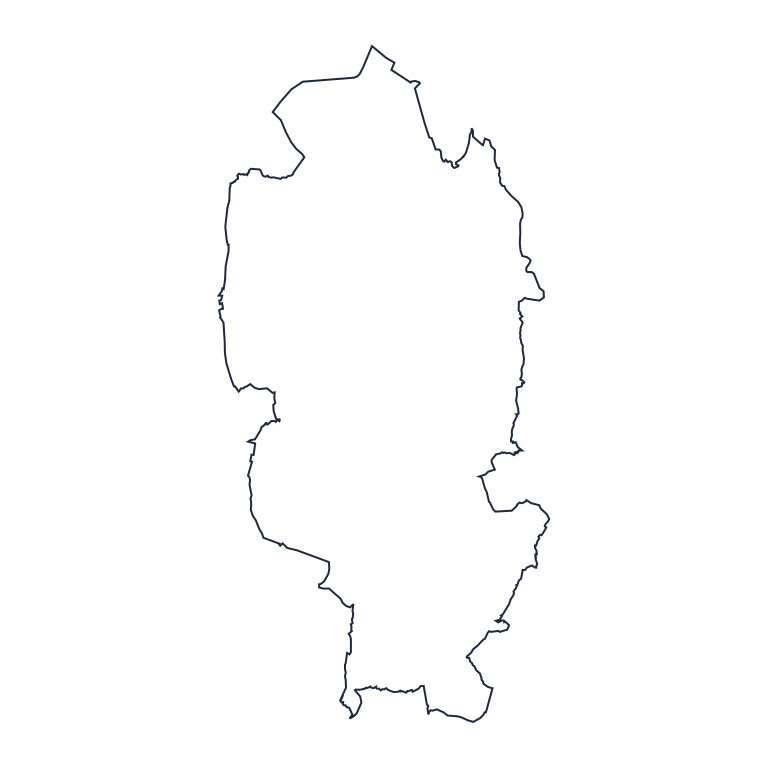 the district of Ocoyucan, Puebla, Mexico
{"feature_id": "50627088B82486318160402", "entity_name": "Ocoyucan", "entity_type": "district", "adm_level": 2, "iso_a3": "MEX", "parent_name": "Mexico", "parent_adm1": "Puebla", "projection": "equal_earth", "projection_center": [-98.314, 18.93], "detail": "fine", "context": "isolated", "style": "outline", "palette": "slate", "viewbox_px": 768, "rotation_deg": 0, "n_neighbors": 0, "source": "geoboundaries", "source_scale": "gbopen_adm2", "svg_char_len": 6110}
<svg xmlns="http://www.w3.org/2000/svg" viewBox="0 0 768 768"><path d="M372.0,46.1L363.1,67.4L359.7,74.0L357.2,76.5L353.8,77.7L302.8,81.7L291.4,89.3L280.4,101.9L272.7,112.1L280.8,120.0L286.1,132.6L291.2,142.2L296.0,148.6L302.1,154.0L304.3,157.3L294.0,171.7L292.7,174.6L290.3,175.9L288.2,175.9L286.4,177.6L282.1,177.5L280.8,178.9L273.1,177.3L271.8,177.7L268.5,177.0L267.8,175.6L265.4,176.7L263.5,176.1L262.4,175.0L260.6,170.4L259.4,169.4L250.8,168.8L249.0,170.7L248.8,172.6L247.8,173.3L247.3,175.0L246.2,174.3L244.2,174.9L243.2,174.1L240.8,174.5L238.8,173.7L237.3,175.7L238.0,177.1L238.0,178.7L235.9,180.0L234.7,181.8L233.8,181.7L232.8,182.8L230.5,183.5L230.5,185.8L229.7,188.2L229.3,200.6L227.4,207.9L225.3,226.7L226.7,240.3L227.8,244.9L228.6,244.8L228.6,250.9L225.7,266.1L225.0,280.5L223.6,289.1L222.4,288.4L221.8,291.2L218.7,295.6L222.2,295.7L221.1,300.1L219.3,300.5L219.8,304.1L222.1,303.2L223.0,308.7L221.4,308.9L219.1,310.3L220.6,316.7L220.1,317.3L223.5,322.7L224.7,342.0L224.9,353.0L226.4,363.2L231.2,379.2L234.0,386.4L235.2,386.5L238.7,391.6L241.2,388.3L243.6,388.3L244.8,386.9L246.5,386.6L250.2,384.1L254.5,387.7L259.0,389.1L267.0,388.3L272.6,392.9L274.7,392.4L274.3,398.2L275.2,403.2L273.3,404.8L273.6,410.8L276.0,418.7L276.5,419.3L279.4,419.3L279.8,419.8L279.4,421.2L277.5,419.9L275.8,421.9L275.2,421.1L271.4,421.0L267.7,424.5L266.4,424.3L266.4,423.0L265.9,423.0L264.3,425.1L261.7,427.0L260.2,430.8L255.0,439.3L250.5,440.2L248.2,441.6L255.2,443.5L253.6,454.9L251.5,454.7L250.3,461.2L252.0,461.7L248.0,475.7L249.3,476.9L250.1,480.2L249.5,484.7L251.6,495.4L250.4,499.1L251.0,500.5L251.2,504.6L250.8,509.8L252.8,515.8L255.9,520.5L259.3,529.0L261.9,533.2L263.5,537.8L279.4,543.7L279.0,544.2L280.2,545.7L282.7,543.4L287.1,547.9L297.3,550.4L328.9,562.1L329.3,568.8L328.4,573.7L324.2,581.3L320.5,584.1L319.2,584.2L319.1,587.4L323.5,588.6L328.9,588.5L340.4,598.5L342.9,603.2L346.3,606.0L350.1,607.4L352.9,604.6L353.3,604.8L352.5,611.1L353.2,613.5L352.6,618.3L351.8,619.1L352.6,623.2L350.8,624.3L351.5,627.0L351.2,629.8L351.9,631.0L348.6,633.9L350.2,636.1L350.9,639.0L350.9,652.3L349.5,654.4L347.1,653.0L345.6,663.5L345.0,664.6L345.0,669.1L345.7,672.4L345.0,676.8L345.7,679.9L346.0,687.7L341.1,698.3L342.0,697.7L340.6,701.1L341.4,702.4L343.2,702.1L342.9,704.1L344.0,705.3L345.5,705.4L346.7,707.2L349.1,707.7L349.6,708.5L352.4,714.8L349.6,718.5L353.4,716.5L356.7,713.4L361.4,702.6L360.2,696.5L354.9,690.2L356.1,689.5L359.6,689.8L365.4,688.6L365.7,687.8L367.6,687.9L370.3,686.5L370.9,687.4L373.3,688.2L375.9,686.8L375.7,687.4L376.8,688.6L379.1,688.7L380.8,690.4L382.4,689.2L384.5,689.3L386.1,688.1L388.2,690.0L393.7,692.1L398.2,691.7L400.0,690.7L400.4,691.5L401.6,691.0L406.3,692.7L407.3,691.0L408.9,691.1L411.4,689.9L412.1,690.1L412.7,691.8L418.5,688.7L420.9,686.0L423.7,686.0L426.9,704.5L428.3,705.8L427.4,708.0L428.4,714.4L429.4,711.4L430.6,710.3L432.4,710.7L436.8,709.4L443.4,712.3L447.8,715.6L456.6,716.2L461.0,717.2L468.1,720.4L473.3,721.9L480.4,717.9L483.2,715.0L484.7,712.3L485.9,712.4L492.5,688.3L487.9,686.9L483.4,683.7L483.1,681.6L481.6,680.0L481.3,677.3L479.8,673.4L476.2,670.2L474.5,666.3L472.8,665.1L471.8,662.8L470.3,661.7L469.2,657.9L467.2,657.9L466.7,657.1L467.1,656.1L471.0,652.9L473.4,649.0L477.2,646.0L483.2,639.7L485.0,638.7L487.7,632.8L489.1,631.2L490.8,631.9L498.4,630.9L499.8,631.9L507.3,629.6L509.1,625.1L505.1,621.6L504.2,622.2L503.9,620.6L501.8,620.4L498.3,622.4L495.9,620.8L499.6,619.8L501.8,616.1L501.0,615.5L502.9,614.3L509.2,603.9L510.7,599.3L513.3,595.3L514.0,593.4L513.5,591.6L516.1,587.9L516.7,585.9L516.3,585.2L517.4,584.9L518.9,580.4L521.1,578.7L522.7,570.0L525.2,569.9L527.0,567.5L531.9,565.5L535.0,567.5L536.3,567.6L536.3,565.9L537.2,564.0L535.5,558.5L536.0,557.8L535.3,556.8L535.4,555.0L536.0,555.5L537.0,553.6L536.4,553.0L536.6,550.9L535.0,547.7L535.0,545.5L536.0,545.7L537.8,540.5L539.3,538.6L538.4,536.6L540.2,534.8L541.2,535.3L541.9,534.8L546.1,527.9L546.3,527.4L544.7,526.3L545.4,524.3L548.0,521.4L549.3,519.0L546.7,514.1L540.7,508.6L539.2,505.2L531.2,503.2L526.4,500.1L526.1,501.1L522.3,503.2L519.3,502.6L517.1,504.7L516.7,506.1L511.7,510.7L495.4,511.6L493.2,509.5L489.9,502.5L489.0,501.8L486.8,492.4L484.9,488.2L482.1,478.5L481.1,477.1L479.2,476.5L485.6,474.4L488.2,471.7L494.8,469.6L491.6,462.1L491.7,459.9L496.0,454.4L500.7,453.3L502.2,452.2L503.7,453.0L505.3,452.5L506.6,453.3L509.7,452.9L514.0,455.1L514.9,453.9L514.6,452.6L515.1,452.3L515.5,453.1L516.8,452.1L516.8,453.1L518.1,452.6L518.8,450.6L522.0,450.5L517.7,447.1L515.8,442.3L511.9,443.1L512.9,442.6L513.1,441.6L511.0,441.3L510.9,439.7L512.1,434.9L511.7,432.8L512.1,429.4L513.7,425.7L513.8,423.8L513.4,423.2L517.1,415.8L516.2,414.3L517.4,414.4L518.6,413.5L518.1,408.5L516.1,400.7L517.0,394.0L516.6,388.5L516.9,387.4L521.2,386.5L521.9,385.9L522.0,383.2L523.7,383.4L524.3,382.3L521.5,379.7L520.6,379.8L520.3,378.3L521.4,377.2L521.9,373.9L521.4,369.8L522.3,366.4L523.4,364.5L524.0,358.7L522.6,349.9L522.8,345.8L521.2,342.7L521.0,340.2L520.1,337.9L520.5,335.4L520.0,333.1L520.6,330.3L520.5,328.2L522.7,322.5L519.7,318.6L522.3,316.4L520.0,314.0L520.6,313.0L518.6,310.4L518.9,301.9L522.0,300.5L524.7,297.8L526.3,298.6L539.4,300.6L543.9,297.4L543.6,291.3L539.5,287.9L534.0,273.8L531.7,272.1L527.3,272.0L526.2,270.6L526.4,267.7L529.6,263.1L530.6,260.6L530.1,259.5L527.2,257.2L522.3,256.0L520.5,250.4L519.8,242.9L520.3,233.1L520.1,223.8L520.8,220.1L522.4,217.0L522.7,213.8L521.4,207.2L518.1,201.9L511.1,195.6L506.0,189.8L504.4,186.1L502.0,185.7L500.1,182.5L500.2,178.1L498.8,174.7L499.6,171.7L499.0,168.0L497.0,167.7L494.6,160.0L495.0,150.0L491.2,146.3L489.5,140.5L485.0,138.6L483.0,145.2L482.4,144.9L473.0,136.7L472.9,130.7L471.7,128.2L471.6,131.7L469.9,134.7L468.9,143.1L466.0,152.6L463.6,156.5L463.4,156.2L461.0,159.0L456.0,162.5L456.0,164.2L458.4,165.3L458.0,166.4L454.3,168.0L452.2,166.1L451.6,162.3L450.2,161.2L447.7,162.0L445.8,159.7L444.4,161.6L443.2,161.2L441.4,157.7L440.8,151.5L439.4,149.6L435.7,149.5L431.8,138.3L429.3,137.5L424.5,122.8L414.9,88.4L419.9,83.3L419.4,82.4L415.4,81.0L411.4,81.5L410.7,82.6L391.4,69.9L394.4,62.7L386.2,57.9L372.0,46.1Z" fill="none" stroke="#1e293b" stroke-width="2"/></svg>